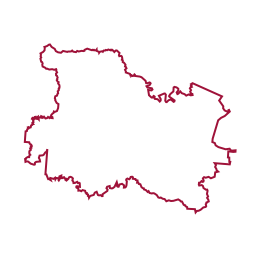 outline of Hawkesbury, New South Wales, Australia, rotated 265°
{"feature_id": "25037944B69069268480762", "entity_name": "Hawkesbury", "entity_type": "district", "adm_level": 2, "iso_a3": "AUS", "parent_name": "Australia", "parent_adm1": "New South Wales", "projection": "mercator", "projection_center": [150.826, -33.341], "detail": "fine", "context": "isolated", "style": "outline", "palette": "rose", "viewbox_px": 256, "rotation_deg": 265, "n_neighbors": 0, "source": "geoboundaries", "source_scale": "gbopen_adm2", "svg_char_len": 5736}
<svg xmlns="http://www.w3.org/2000/svg" viewBox="0 0 256 256"><g transform="rotate(265 128 128)"><path d="M151.3,224.4L167.0,196.2L166.2,194.6L165.3,195.2L164.6,194.4L163.4,195.1L163.1,193.9L162.1,193.1L160.2,194.1L158.8,193.1L157.7,193.6L156.9,193.3L156.3,195.1L155.2,195.2L155.1,193.3L156.1,191.3L155.2,188.8L156.8,187.3L158.0,184.6L159.9,183.3L157.8,181.1L157.5,180.2L159.2,179.6L161.1,181.4L162.8,181.5L164.2,179.9L164.9,177.9L164.4,177.0L160.5,176.4L158.1,173.1L156.2,171.7L155.4,172.1L151.4,176.8L150.4,176.5L150.1,175.7L152.5,173.4L152.5,172.3L152.1,170.8L150.4,168.8L150.5,168.2L151.9,167.5L157.9,168.6L159.1,167.8L159.2,167.1L157.4,161.6L154.0,163.1L152.5,162.9L151.6,161.9L154.1,160.0L154.7,157.2L155.5,156.9L156.9,157.3L157.4,156.8L157.7,156.3L156.2,155.1L156.3,154.1L158.8,151.8L164.1,151.4L163.4,154.7L164.2,155.7L165.5,155.2L166.6,150.9L168.0,150.1L169.0,153.4L170.4,154.4L171.0,154.2L171.5,153.5L170.9,151.0L171.1,150.0L173.5,149.6L177.4,145.9L178.2,144.2L179.3,139.3L180.4,139.5L180.8,139.1L179.5,138.1L179.4,137.0L180.2,136.2L179.8,135.8L180.3,135.8L180.2,135.0L181.7,134.7L183.5,130.7L184.1,130.9L186.3,130.1L187.6,131.7L189.4,131.0L189.6,130.4L191.3,131.0L193.4,129.7L194.1,128.5L195.9,128.7L196.5,127.8L197.8,128.4L199.8,128.1L200.4,127.5L200.3,125.6L201.3,125.3L203.5,126.1L206.2,123.6L206.3,122.7L204.9,121.0L206.4,120.1L206.6,119.2L207.3,119.0L207.5,117.9L206.9,117.5L207.9,115.2L207.3,114.0L207.7,112.7L207.2,112.2L207.3,110.6L206.1,109.6L206.7,109.0L206.4,106.5L205.5,105.8L206.4,105.7L207.5,103.6L208.9,103.6L208.1,102.9L208.3,101.5L208.8,101.0L208.5,100.1L209.0,99.7L208.7,98.6L210.6,94.3L209.6,91.5L208.7,91.3L208.5,90.3L208.9,88.5L208.5,85.6L209.2,84.1L208.1,82.8L208.8,80.1L210.0,79.1L209.2,77.9L209.4,74.9L209.1,74.2L210.4,70.0L208.8,67.8L209.5,64.9L210.9,62.8L213.2,61.9L215.4,59.0L218.0,57.5L217.9,56.5L216.7,54.5L216.0,51.8L215.3,52.1L212.6,51.6L211.2,50.1L209.9,47.3L208.5,47.7L207.1,47.2L205.8,47.7L204.8,46.8L201.6,47.3L201.1,48.2L199.7,48.6L198.6,48.1L196.7,48.3L195.3,50.7L194.1,51.7L194.2,52.5L193.1,54.7L193.2,57.6L192.4,59.6L192.9,61.5L192.4,61.7L191.0,61.5L189.6,62.2L188.4,61.0L186.7,61.0L186.3,61.7L184.3,62.3L183.4,61.7L182.5,61.8L181.9,61.2L180.4,61.9L179.7,62.9L178.4,62.3L176.7,63.4L174.7,63.4L173.5,62.5L173.1,62.8L172.6,62.3L171.6,62.3L170.7,61.2L168.6,61.4L167.8,60.5L166.5,60.2L165.9,58.3L164.0,57.7L162.9,58.1L162.1,57.9L159.2,59.1L157.9,60.8L153.9,60.1L151.1,58.7L150.4,56.4L150.9,55.6L149.3,55.0L149.1,54.2L147.4,52.5L146.1,52.5L145.5,53.6L144.4,53.7L144.7,52.1L145.6,51.3L144.8,50.5L146.0,49.3L144.9,48.2L144.7,46.6L146.6,45.3L145.5,44.0L145.6,43.5L146.9,43.4L147.4,42.5L146.0,41.9L146.4,41.0L145.9,39.9L144.4,39.8L145.8,38.8L147.0,39.1L146.3,37.9L145.1,37.9L145.4,36.7L145.9,37.1L147.2,37.0L147.1,36.0L145.8,35.1L146.5,34.0L146.3,33.6L145.5,33.1L144.3,34.7L143.3,34.0L142.2,34.4L141.4,33.2L140.1,34.0L139.9,32.8L139.3,32.6L139.0,31.7L137.1,31.1L136.8,29.6L137.6,29.1L137.4,28.3L136.1,28.7L135.5,27.5L133.8,27.0L133.6,25.7L123.1,24.0L122.4,28.4L121.3,28.6L120.1,29.4L119.9,30.1L118.5,30.6L118.2,29.9L117.3,30.0L117.5,29.5L116.0,29.4L116.0,28.8L114.6,29.2L113.6,27.8L112.9,27.6L111.1,27.5L109.8,28.3L109.3,27.4L107.6,27.0L107.8,25.5L106.9,23.8L106.0,23.5L106.0,22.8L103.2,22.9L103.6,24.3L103.2,25.7L101.0,27.9L99.6,31.2L99.8,32.0L101.5,32.3L102.3,33.6L102.3,37.5L104.4,37.3L106.0,36.6L108.2,37.5L108.2,40.7L108.7,41.7L110.9,43.5L111.5,44.8L114.0,45.8L89.1,41.7L88.9,42.6L84.1,44.0L84.3,45.5L83.5,45.4L82.8,46.4L84.3,45.9L85.0,46.2L83.8,49.4L84.8,51.0L83.2,51.2L84.5,52.1L84.1,54.0L83.1,54.6L82.3,54.2L81.8,54.5L82.9,55.3L83.8,54.9L85.8,55.5L86.4,57.4L83.9,56.9L83.8,58.4L84.5,59.0L84.5,60.1L83.4,60.4L82.9,61.9L81.8,61.2L81.0,62.1L82.5,64.1L84.0,65.0L84.4,66.2L83.9,67.5L82.6,68.7L80.5,68.0L79.5,68.8L77.9,68.9L77.9,70.4L78.8,72.7L77.5,73.3L77.7,74.4L77.2,75.1L73.6,75.0L74.5,72.2L74.4,71.6L73.7,71.3L73.0,71.6L72.2,73.2L69.9,73.1L69.9,74.8L69.1,75.9L70.1,77.3L69.2,79.8L67.1,80.2L66.8,81.3L65.8,81.1L65.2,82.4L63.8,82.1L63.0,83.0L61.9,83.1L63.6,84.3L64.3,88.0L66.5,89.3L67.2,91.2L63.9,92.2L63.4,93.2L63.5,95.0L62.4,96.0L62.4,96.7L64.3,97.0L67.1,101.9L68.4,102.3L69.9,101.3L71.3,102.1L71.8,104.7L69.7,104.8L69.2,106.7L69.4,107.6L70.5,109.4L75.1,112.1L72.7,112.5L71.3,111.9L70.5,112.5L70.3,113.5L72.5,114.7L72.9,117.2L71.2,119.1L69.0,118.7L69.0,120.0L69.7,120.9L71.1,121.5L75.0,122.2L76.4,121.6L77.2,122.0L77.7,123.0L76.8,124.7L77.5,125.6L79.0,126.4L79.1,127.9L78.5,128.6L77.0,128.4L76.5,131.0L75.5,131.2L74.9,132.9L72.8,132.3L72.8,133.5L71.3,133.9L70.9,135.4L67.9,136.3L66.7,137.6L66.5,138.5L65.4,138.6L64.6,140.4L62.6,142.0L63.3,143.0L61.4,143.8L60.7,146.0L60.9,147.3L60.5,148.6L58.7,150.8L56.1,152.2L55.6,153.7L55.9,154.6L54.5,156.4L54.0,158.3L51.7,159.8L52.4,162.4L51.5,164.5L51.5,166.9L52.5,171.8L51.0,173.8L50.3,174.1L50.0,175.4L46.6,176.8L46.0,178.3L45.0,178.5L44.1,180.0L42.4,180.0L41.3,187.6L38.0,188.0L39.4,189.4L39.4,191.1L40.2,193.2L42.3,196.1L42.6,198.5L43.3,199.1L45.3,198.8L46.1,199.6L46.9,199.6L47.8,202.0L49.8,201.7L51.5,200.7L52.8,201.8L55.4,200.9L58.5,201.8L59.7,201.5L59.8,200.2L61.6,198.0L63.7,197.6L64.7,196.5L64.5,193.9L65.4,193.6L67.3,194.0L67.3,195.2L68.7,196.6L67.8,197.7L68.0,198.4L68.8,198.8L71.3,198.2L72.4,199.5L71.7,201.1L72.3,204.0L70.7,206.2L71.9,210.1L76.2,211.0L76.7,214.0L78.2,212.6L79.7,212.4L81.6,211.4L83.4,212.4L85.4,211.3L82.9,226.2L85.3,226.9L85.4,226.0L89.7,226.3L90.0,225.0L96.0,225.9L95.0,230.7L95.0,233.0L96.4,233.2L96.4,229.4L96.9,228.4L98.5,227.4L98.3,223.4L101.1,216.4L103.1,213.8L105.4,213.2L106.7,210.8L109.9,211.4L127.8,218.5L130.0,221.6L131.5,225.4L135.5,230.8L137.2,230.2L137.0,229.6L136.1,229.5L135.7,228.2L137.1,225.8L139.3,224.5L141.3,224.8L147.4,221.2L151.3,224.4Z" fill="none" stroke="#9f1239" stroke-width="2"/></g></svg>